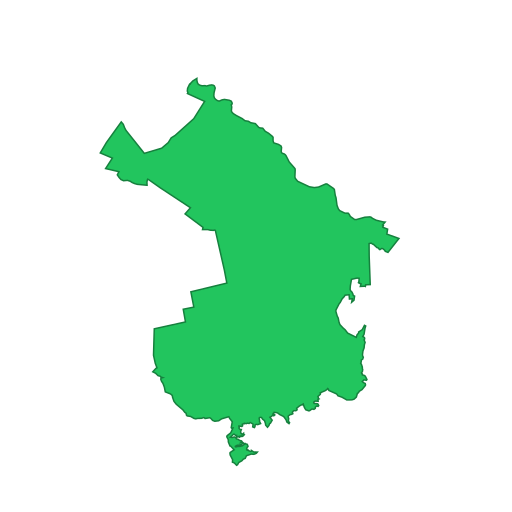 the district of Valea Calugareasca, Prahova, Romania, rotated 158°
{"feature_id": "2599482B81311805596986", "entity_name": "Valea Calugareasca", "entity_type": "district", "adm_level": 2, "iso_a3": "ROU", "parent_name": "Romania", "parent_adm1": "Prahova", "projection": "equal_earth", "projection_center": [26.171, 44.946], "detail": "fine", "context": "isolated", "style": "filled", "palette": "green", "viewbox_px": 512, "rotation_deg": 158, "n_neighbors": 0, "source": "geoboundaries", "source_scale": "gbopen_adm2", "svg_char_len": 6008}
<svg xmlns="http://www.w3.org/2000/svg" viewBox="0 0 512 512"><g transform="rotate(158 256 256)"><path d="M244.3,442.8L248.9,442.0L252.0,440.6L252.5,440.0L253.1,440.3L256.6,437.1L257.9,434.7L257.9,432.9L258.7,432.3L245.7,418.6L262.3,406.6L285.8,398.1L290.4,397.3L294.9,394.0L303.0,391.3L321.1,393.0L329.5,421.2L329.8,424.2L329.7,427.8L330.7,430.8L352.1,417.3L361.8,409.9L352.5,400.6L362.7,393.4L351.5,385.5L354.2,383.2L353.5,380.0L352.6,377.5L350.6,375.4L346.9,374.3L344.7,372.5L343.3,370.5L341.4,368.6L339.2,366.9L330.5,362.4L329.4,365.5L328.1,367.4L327.7,367.8L326.9,367.0L319.1,354.9L298.7,325.3L306.0,321.6L294.4,302.4L295.7,300.5L290.7,298.5L288.8,297.1L285.9,295.7L284.8,295.6L284.1,295.0L290.6,254.9L293.2,241.8L329.8,247.2L332.8,231.9L343.4,233.9L346.1,221.3L377.6,226.6L388.2,202.4L389.6,194.2L389.7,189.4L390.9,189.3L395.1,187.3L393.0,184.9L391.6,181.7L389.9,180.5L389.5,179.4L388.1,178.2L389.9,178.4L390.5,177.2L390.5,175.0L390.0,172.8L390.1,168.8L391.0,164.0L387.0,160.2L385.9,158.1L386.3,156.1L386.5,152.0L385.5,148.5L381.4,140.7L380.6,137.8L379.7,136.3L380.1,134.6L379.7,133.5L376.7,131.7L374.3,128.6L372.9,127.6L371.0,127.3L367.3,125.9L365.1,125.8L364.5,125.4L364.1,124.4L359.5,123.4L358.8,122.5L357.8,119.8L356.1,118.2L352.3,117.2L348.9,117.9L341.4,117.2L341.3,115.4L340.1,111.2L343.3,106.1L343.1,105.5L341.8,105.2L345.7,101.5L349.9,100.3L350.6,99.8L350.8,98.9L350.5,96.1L351.3,94.0L351.3,89.6L350.7,89.2L348.9,84.5L353.6,83.5L354.0,83.0L354.5,81.2L354.0,75.9L355.1,73.7L353.6,72.2L352.4,69.2L351.3,69.4L349.3,71.0L345.9,71.4L343.8,72.4L341.8,72.4L339.7,74.4L334.5,74.1L332.7,73.1L331.1,72.8L330.6,73.1L329.7,72.9L328.2,73.7L331.5,75.1L333.0,77.3L333.2,76.7L334.1,76.7L336.3,78.8L335.6,79.5L336.4,79.2L337.1,79.5L337.1,80.4L336.5,81.2L335.7,82.0L334.8,82.3L334.6,83.6L334.8,84.9L336.0,85.6L336.3,86.3L337.5,86.3L337.5,85.7L339.7,85.1L342.4,85.5L344.5,86.3L346.2,86.5L346.6,86.9L346.5,87.3L344.4,87.6L342.1,86.8L341.0,86.9L340.3,86.6L337.8,87.5L338.4,88.6L339.6,88.8L338.5,89.2L338.7,90.0L340.2,91.1L341.4,92.9L342.6,93.7L342.9,95.5L343.8,96.3L346.0,96.6L347.7,97.6L343.5,99.2L342.9,98.9L342.2,97.4L341.1,96.9L341.9,95.2L339.5,95.1L339.4,94.1L338.9,94.1L338.3,94.9L337.1,94.1L336.7,94.0L336.7,94.4L335.9,93.8L333.8,94.7L334.2,95.3L333.9,96.3L335.5,95.8L336.4,97.5L336.0,99.0L334.6,100.6L335.8,101.2L336.3,102.5L336.2,102.9L335.8,103.2L335.8,104.2L335.5,104.8L333.0,103.2L332.0,103.6L331.8,105.1L330.7,105.2L330.0,104.8L329.5,105.3L327.8,104.2L326.7,104.3L325.1,103.3L323.8,103.8L321.8,101.5L321.9,100.8L323.1,98.8L321.8,97.5L320.9,98.1L320.1,99.7L319.7,99.9L318.6,99.7L317.6,99.0L314.5,98.9L314.7,101.4L314.3,102.0L313.9,104.4L313.3,104.9L312.2,104.7L311.4,104.2L311.0,102.2L309.8,100.2L310.0,97.2L310.4,95.6L309.5,92.9L307.5,94.0L306.1,95.5L305.2,95.6L302.5,97.7L303.5,101.3L301.6,101.5L300.3,102.0L299.6,102.9L299.3,101.2L298.1,101.6L298.9,103.3L297.8,104.3L294.9,102.6L293.4,100.1L290.9,97.3L290.3,96.2L289.5,92.8L289.6,90.5L288.2,88.2L287.3,88.9L287.8,90.7L286.5,93.2L286.5,94.6L286.1,95.5L283.7,96.2L283.1,95.9L281.0,95.9L280.8,96.2L280.9,97.5L280.5,97.8L278.9,98.5L277.0,97.6L275.5,98.0L275.4,99.6L271.8,100.7L267.6,101.1L267.8,99.8L268.1,99.6L267.7,98.8L267.9,97.6L267.5,94.8L265.0,92.6L264.2,92.5L261.8,93.1L260.4,92.7L259.8,92.1L258.1,92.5L257.8,93.5L256.1,94.2L254.8,93.3L253.9,93.8L254.0,95.5L254.5,96.1L257.3,97.5L257.5,98.3L256.8,99.1L255.4,99.3L252.8,98.0L252.3,99.8L251.1,99.9L251.6,100.7L251.2,101.7L251.2,102.6L248.3,103.6L247.8,104.1L247.7,105.1L242.4,105.2L240.3,105.6L239.2,106.3L238.8,105.6L238.8,104.0L233.1,98.1L232.7,97.3L232.4,95.7L229.2,92.9L225.7,88.5L221.0,86.7L218.7,86.5L215.8,87.6L213.5,90.6L212.3,90.8L210.9,91.9L207.8,92.4L203.2,94.9L202.7,95.5L202.5,96.9L203.8,98.3L204.5,99.8L202.3,100.7L200.2,99.4L199.4,99.9L199.7,103.7L200.4,104.8L201.9,105.9L201.6,106.9L202.0,107.5L201.9,108.3L200.7,108.9L199.6,110.7L199.6,111.5L199.0,113.3L198.8,116.3L199.2,117.2L198.2,118.3L197.3,120.1L195.7,120.4L194.4,122.0L194.6,123.1L194.2,124.7L192.4,127.9L190.2,130.3L188.7,133.2L187.2,135.0L187.2,137.8L186.3,138.4L186.0,139.4L186.3,140.3L187.2,141.3L185.1,143.0L182.1,148.0L180.5,150.0L181.4,151.1L185.1,147.9L189.3,147.1L189.7,146.1L191.8,145.1L193.5,143.0L199.9,150.2L201.0,154.2L202.3,156.8L203.9,161.0L203.8,163.7L203.0,167.7L203.2,169.9L202.7,174.7L202.1,176.0L196.9,180.5L195.3,181.4L192.2,184.0L189.4,185.3L188.1,186.3L184.2,185.2L185.5,181.1L182.7,180.3L184.6,177.3L181.7,178.3L179.6,181.9L180.6,182.9L180.4,184.7L180.6,186.8L181.2,188.0L181.3,189.7L179.7,193.0L176.2,198.6L170.7,197.7L168.7,196.7L170.2,193.7L170.9,193.0L170.2,192.5L170.5,192.0L169.0,190.8L170.7,188.7L166.4,187.2L166.0,186.8L165.1,188.2L160.8,186.7L151.1,213.5L146.5,225.2L144.4,224.8L143.4,223.3L142.8,222.9L140.7,218.5L139.6,217.6L139.1,215.7L138.4,215.5L136.7,215.9L135.7,215.3L134.6,213.3L134.4,211.9L132.3,209.9L116.9,218.7L126.5,227.3L123.9,231.6L127.7,235.2L127.7,235.5L126.5,236.4L127.0,237.3L123.6,239.1L125.2,239.9L131.2,244.2L133.9,247.3L134.7,248.8L135.7,249.6L140.6,251.2L149.3,252.2L150.9,252.9L153.7,257.3L154.0,259.8L154.5,261.2L157.5,262.4L161.4,266.7L162.0,268.9L161.9,272.7L160.0,280.0L159.8,282.6L158.4,288.4L158.9,289.7L163.2,296.2L164.4,296.7L172.2,296.5L176.3,297.6L180.6,300.2L189.4,309.7L190.5,313.4L190.3,314.8L187.4,321.2L187.1,322.4L190.0,330.8L190.6,337.9L191.0,339.1L191.8,340.3L193.1,341.3L193.6,342.4L193.4,343.6L191.6,347.1L191.6,348.7L193.4,351.1L196.9,354.0L197.2,354.5L197.0,356.5L195.7,359.7L196.0,360.8L198.4,365.2L200.7,368.1L201.9,372.0L204.2,373.2L205.3,374.2L207.0,379.0L211.0,381.6L212.6,383.8L215.5,385.5L217.4,388.7L221.6,393.6L223.6,396.4L224.4,398.1L224.5,399.7L222.7,403.2L222.3,405.5L221.6,405.6L220.8,406.6L220.9,408.8L222.4,410.4L226.6,413.0L229.0,413.5L232.2,413.4L233.7,414.7L234.6,416.1L235.3,417.7L235.2,420.1L233.8,423.0L230.9,427.0L230.9,429.3L231.6,430.3L232.9,431.2L235.2,431.8L238.2,432.1L239.5,433.1L242.2,434.0L244.2,435.5L245.2,437.0L245.4,438.8L245.0,441.1L244.3,442.8Z" fill="#22c55e" stroke="#15803d" stroke-width="1.5"/></g></svg>